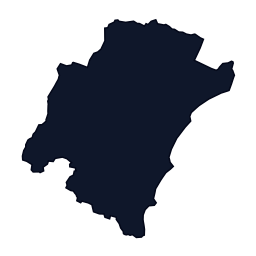 Humacao, Puerto Rico (Albers equal-area conic projection), rotated 2°
{"feature_id": "32010507B58001941007009", "entity_name": "Humacao", "entity_type": "district", "adm_level": 2, "iso_a3": "PRI", "parent_name": "Puerto Rico", "parent_adm1": "", "projection": "albers", "projection_center": [-65.812, 18.138], "detail": "fine", "context": "isolated", "style": "filled", "palette": "ink", "viewbox_px": 256, "rotation_deg": 2, "n_neighbors": 0, "source": "geoboundaries", "source_scale": "gbopen_adm2", "svg_char_len": 2407}
<svg xmlns="http://www.w3.org/2000/svg" viewBox="0 0 256 256"><g transform="rotate(2 128 128)"><path d="M23.5,159.7L23.9,163.6L28.0,164.8L33.4,167.9L32.8,173.2L34.7,175.2L40.9,174.9L41.7,175.6L45.2,173.8L44.5,170.1L48.7,166.9L49.6,163.8L54.4,164.1L56.3,160.9L63.5,159.4L68.0,160.8L72.8,164.6L71.0,166.3L71.2,168.8L76.9,169.7L77.1,171.6L77.7,172.5L75.8,173.0L75.1,177.0L71.8,178.8L68.3,184.5L69.2,187.4L68.1,189.9L72.8,192.4L75.7,192.9L76.8,194.6L78.6,196.5L78.9,197.7L80.0,199.4L79.4,202.5L83.3,204.3L84.4,202.7L90.9,204.2L94.6,205.9L96.5,212.9L102.4,214.8L107.0,214.8L108.1,218.0L112.8,219.4L113.5,216.2L119.2,217.5L119.6,218.9L119.5,219.8L122.6,223.9L124.2,228.2L127.0,231.7L127.0,233.0L127.3,233.8L127.7,234.1L128.6,234.5L129.9,234.8L130.8,234.7L131.2,234.3L132.3,234.3L132.7,234.7L133.8,235.1L136.2,234.4L140.2,237.1L145.4,236.5L145.6,236.0L146.8,235.0L148.0,234.5L148.0,231.0L148.0,230.1L148.0,228.7L147.3,224.6L146.6,221.3L146.2,219.0L146.2,218.7L146.2,214.4L147.3,211.0L148.0,209.0L151.6,205.0L157.0,204.3L158.8,201.8L155.9,197.8L156.6,194.3L157.1,191.7L157.7,187.8L162.4,179.2L164.1,176.4L166.8,172.2L167.4,171.3L171.7,167.7L174.6,164.8L172.1,161.8L171.3,160.9L170.3,157.1L170.1,156.7L169.9,155.8L172.1,147.6L177.1,136.5L179.1,133.7L185.0,125.3L185.5,124.7L190.4,118.9L189.6,115.6L189.4,114.8L189.3,114.2L190.7,110.3L193.6,107.5L195.2,105.9L198.2,103.1L207.6,96.3L219.8,89.8L226.2,87.5L227.7,86.9L229.8,80.5L231.1,75.9L232.0,72.9L232.5,71.7L230.6,66.9L229.5,65.5L230.9,59.5L230.5,58.2L229.1,57.7L225.8,59.5L220.5,60.3L217.2,64.2L216.3,65.9L214.2,67.3L209.3,65.7L191.9,58.1L197.3,45.5L200.3,36.7L196.9,35.3L191.9,32.0L191.1,31.9L187.8,32.9L183.0,32.1L179.4,30.4L175.3,30.3L171.1,27.8L168.5,27.6L165.8,25.2L162.2,23.2L160.4,23.8L153.9,22.8L152.0,18.9L150.8,19.3L147.4,20.6L144.5,23.9L142.4,23.1L140.9,25.6L135.8,23.2L133.5,23.2L129.9,21.1L122.0,22.5L115.3,21.7L114.1,20.4L111.3,20.8L110.5,22.7L105.5,25.2L104.3,28.5L101.3,29.0L101.9,41.7L98.8,48.9L98.4,50.0L95.1,53.1L91.3,54.6L87.4,61.4L85.4,68.9L76.9,66.0L71.0,64.4L70.4,64.7L69.6,67.0L64.4,68.1L58.3,66.1L55.2,71.4L57.7,77.8L57.3,78.7L56.7,81.7L54.6,85.8L53.3,88.5L47.0,99.7L47.6,102.1L46.9,103.9L47.5,107.0L47.4,108.3L47.4,113.9L47.6,116.6L45.8,122.7L46.0,124.0L41.9,127.7L38.8,128.0L35.7,135.1L33.5,137.5L32.6,141.0L29.9,142.4L28.4,143.6L26.4,148.3L26.5,150.6L24.6,154.2L23.5,159.7Z" fill="#0f172a" stroke="#020617" stroke-width="1.5"/></g></svg>